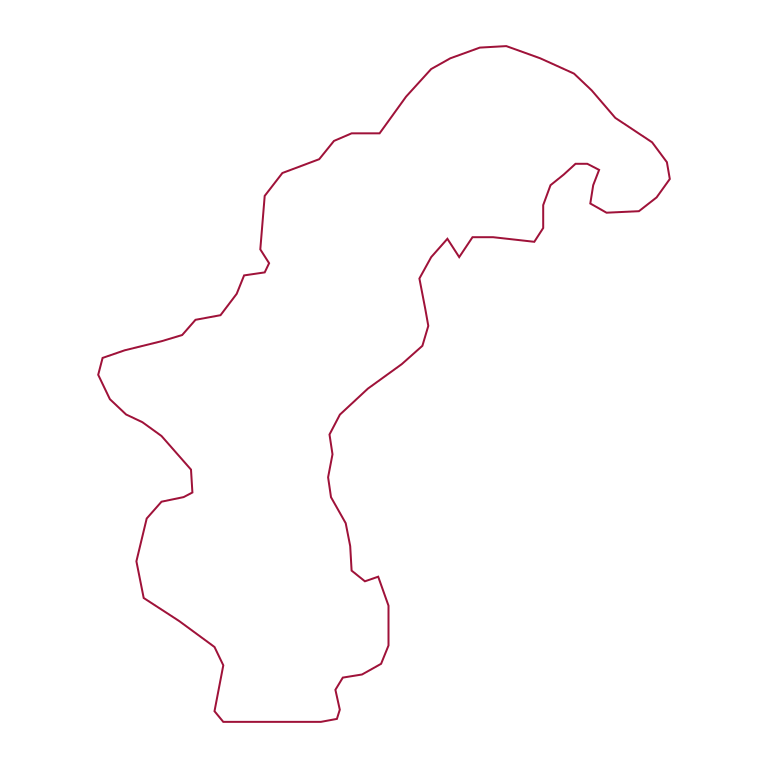 SVG path tracing the border of Amanat Al Asimah
{"feature_id": "YEM-3498", "entity_name": "Amanat Al Asimah", "entity_type": "Governorate", "adm_level": 1, "iso_a3": "YEM", "parent_name": "Yemen", "parent_adm1": "", "projection": "albers", "projection_center": [44.251, 15.453], "detail": "fine", "context": "isolated", "style": "outline", "palette": "rose", "viewbox_px": 768, "rotation_deg": 0, "n_neighbors": 0, "source": "natural_earth", "source_scale": "10m", "svg_char_len": 1221}
<svg xmlns="http://www.w3.org/2000/svg" viewBox="0 0 768 768"><path d="M506.3,46.1L540.2,58.3L574.0,73.6L591.7,90.4L615.3,117.9L652.1,142.3L666.9,162.2L669.8,179.0L656.6,197.4L638.9,211.2L606.5,212.7L590.3,203.5L593.2,185.2L599.1,169.9L587.3,163.8L575.5,163.8L563.8,174.5L550.5,185.2L543.2,205.1L543.2,228.0L534.3,241.8L493.1,237.2L472.5,237.2L459.2,257.1L447.4,238.8L431.2,257.1L419.4,278.5L425.3,309.1L428.3,325.9L422.4,345.8L401.8,364.1L367.9,388.6L339.9,414.6L329.5,434.5L332.5,454.3L328.1,477.3L331.0,497.2L345.7,523.2L350.2,546.1L351.6,570.6L364.9,581.3L378.2,576.7L388.5,605.7L388.5,645.5L381.1,663.8L362.0,674.5L342.8,677.6L335.4,689.8L339.8,709.7L336.9,718.9L320.7,721.9L279.4,721.9L223.3,721.9L214.5,711.2L223.3,665.3L214.5,647.0L179.1,621.0L143.7,598.0L136.4,561.3L146.7,518.5L161.5,501.7L183.6,497.1L192.4,492.5L191.0,469.6L161.5,436.0L142.4,422.2L126.1,414.5L109.9,399.2L98.2,374.8L102.6,357.9L124.7,350.3L161.6,341.2L182.2,335.0L195.5,319.8L220.5,315.2L236.7,293.8L244.1,275.4L264.7,272.4L269.1,263.2L260.3,249.4L264.7,195.9L282.4,173.0L319.2,159.2L334.0,140.9L351.7,133.3L379.6,133.3L388.5,121.0L406.1,96.6L431.2,69.0L450.3,58.3L479.8,47.6L506.3,46.1Z" fill="none" stroke="#9f1239" stroke-width="2"/></svg>